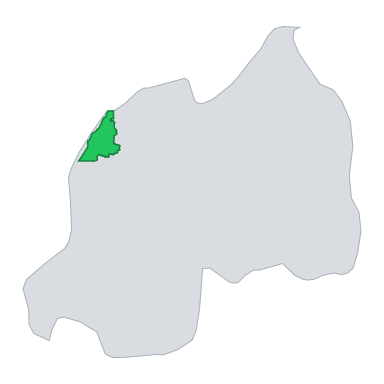 location of Rubavu, Western, Rwanda
{"feature_id": "39286606B86206624572237", "entity_name": "Rubavu", "entity_type": "district", "adm_level": 2, "iso_a3": "RWA", "parent_name": "Rwanda", "parent_adm1": "Western", "projection": "robinson", "projection_center": [29.369, -1.641], "detail": "fine", "context": "in_parent", "style": "filled", "palette": "green", "viewbox_px": 384, "rotation_deg": 0, "n_neighbors": 0, "source": "geoboundaries", "source_scale": "gbopen_adm2", "svg_char_len": 5319}
<svg xmlns="http://www.w3.org/2000/svg" viewBox="0 0 384 384"><path d="M143.4,88.1L148.9,88.0L185.0,78.2L188.6,81.2L194.4,100.2L197.5,103.0L202.6,103.7L212.7,99.3L231.3,84.5L239.4,75.4L248.9,62.8L261.1,48.5L267.9,36.0L274.6,28.7L283.3,26.5L293.0,27.1L299.7,27.3L294.1,30.3L293.0,39.4L299.3,54.0L320.1,84.2L333.3,89.8L341.9,101.5L350.3,121.3L352.8,146.1L349.3,175.9L351.4,198.0L359.0,212.5L361.0,231.3L357.3,254.5L352.9,268.3L347.7,272.9L341.9,274.6L333.9,273.1L324.1,275.0L313.5,279.4L306.9,280.0L302.8,279.2L294.9,275.5L282.6,263.5L259.6,270.1L253.4,270.0L244.9,275.7L238.0,282.6L233.9,283.1L229.6,282.2L209.8,268.1L202.6,268.5L199.6,308.2L196.2,330.2L192.2,340.0L178.0,349.5L163.7,354.8L155.9,354.5L124.5,357.4L112.2,357.5L105.4,354.2L96.6,331.8L79.9,321.8L64.0,317.1L57.4,318.4L51.7,330.2L49.3,340.7L33.8,333.5L29.1,324.6L28.7,309.5L23.0,288.9L26.2,280.1L32.3,274.4L45.1,263.5L64.7,248.4L68.9,241.2L71.6,229.2L70.4,201.2L68.5,177.7L70.8,169.3L79.8,151.1L91.7,132.4L105.7,112.7L114.1,110.8L125.2,103.3L136.9,92.3L143.4,88.1Z" fill="#d9dde1" stroke="#a8b0b8" stroke-width="1"/><path d="M117.1,152.9L117.2,152.7L117.3,152.6L117.2,152.5L117.3,152.4L117.4,152.2L117.6,152.2L117.5,151.9L117.5,151.6L117.4,151.4L117.5,151.3L117.5,151.2L117.6,150.7L117.9,150.3L118.2,150.1L118.3,150.1L118.5,150.2L118.8,150.3L119.6,150.2L119.7,149.9L119.6,149.5L119.7,149.4L119.8,149.2L119.6,148.9L119.4,148.6L119.2,148.3L119.2,148.0L119.3,147.9L119.3,147.7L119.4,147.3L119.5,147.2L119.6,146.8L119.8,146.6L119.7,146.4L119.8,146.2L120.0,146.2L120.0,145.9L119.8,145.7L119.7,145.6L119.3,145.2L119.2,145.1L118.8,144.9L118.6,145.0L118.4,145.0L118.1,145.0L117.9,144.9L117.6,144.9L117.4,144.7L117.1,144.7L116.9,144.7L116.7,144.6L116.5,144.8L116.4,144.8L115.9,144.6L115.7,144.6L115.5,144.3L115.5,144.2L115.4,144.0L115.4,143.9L115.1,143.6L114.9,143.7L114.7,143.7L114.4,143.6L114.1,143.8L113.9,143.9L113.7,143.8L113.7,143.7L113.6,143.3L113.6,143.1L113.8,143.0L113.9,142.2L113.8,141.9L113.8,141.7L113.7,141.1L113.8,141.1L114.0,140.9L114.1,140.7L113.9,140.6L113.9,140.2L113.7,139.7L113.8,139.6L113.9,139.4L114.0,138.8L114.1,138.7L114.1,138.3L114.1,138.0L114.1,137.9L114.0,137.7L114.1,137.4L114.2,137.0L114.1,136.7L114.1,136.3L114.1,136.1L114.0,135.9L114.0,135.6L115.7,134.8L116.2,134.5L117.0,133.9L116.1,132.4L115.8,131.9L116.7,131.6L116.5,131.3L116.5,131.0L116.3,130.9L116.2,130.7L116.0,130.1L116.4,129.7L114.7,128.4L114.5,128.2L114.4,128.1L114.4,127.6L114.4,127.3L114.4,127.1L114.3,126.9L114.3,126.7L114.3,126.3L114.4,126.2L114.4,125.4L114.3,125.0L114.2,124.7L114.1,124.4L114.1,124.2L114.1,123.7L114.8,122.6L113.6,121.6L113.6,121.4L113.6,121.2L113.4,120.9L113.1,120.6L112.5,120.7L112.4,120.6L111.9,120.7L111.8,121.1L110.6,121.2L110.6,119.4L110.8,119.4L111.2,119.4L111.2,118.8L112.4,118.8L112.4,118.7L113.6,118.7L113.4,110.9L107.4,111.1L107.2,111.8L106.2,115.8L106.1,116.2L106.0,116.4L105.3,116.9L104.7,117.3L104.2,117.7L103.8,117.9L103.8,118.0L103.6,118.1L103.2,118.4L103.0,119.0L102.7,119.7L102.3,120.8L101.7,121.8L101.6,122.8L101.6,123.2L101.5,123.6L101.2,124.1L100.9,124.3L100.5,124.7L100.4,125.0L100.0,125.9L99.9,126.0L99.8,126.3L99.8,126.5L98.8,128.3L97.4,129.3L96.9,129.5L96.7,129.9L96.6,130.0L96.3,130.6L96.2,130.8L96.0,131.1L94.8,131.9L94.5,132.1L94.4,132.2L94.0,132.5L93.3,132.8L93.1,133.0L92.8,133.2L92.4,133.4L91.8,133.8L91.7,134.0L91.6,134.4L91.4,135.0L91.3,135.4L91.0,136.3L90.6,137.5L89.8,139.4L89.5,139.7L89.4,139.8L89.2,140.0L88.8,140.4L88.7,140.5L88.4,140.6L88.1,140.8L87.6,141.1L87.6,141.6L87.7,142.4L87.8,142.7L87.7,143.0L87.8,143.8L87.8,146.4L87.8,146.8L87.7,147.1L82.3,155.7L78.7,161.0L91.8,161.0L93.3,161.2L93.7,161.2L94.5,161.0L95.0,160.8L95.1,160.7L95.4,160.5L95.7,160.4L95.9,160.3L96.0,160.3L96.4,160.2L96.6,160.1L96.8,160.4L97.0,160.4L97.1,160.1L97.2,159.8L97.3,159.7L97.3,159.3L97.3,159.2L97.2,158.8L97.1,158.5L97.1,158.3L96.9,157.8L96.9,157.7L97.0,157.5L97.0,157.4L97.2,157.2L97.3,157.0L97.1,156.8L97.1,156.5L97.2,156.2L97.5,156.1L97.6,155.9L97.8,155.7L97.8,155.4L98.1,155.3L98.3,155.2L98.5,155.0L98.7,154.7L98.9,154.5L99.3,154.6L99.6,154.7L99.7,154.8L99.8,154.8L100.0,154.8L100.0,155.0L100.3,155.0L100.5,155.2L100.7,155.3L101.0,155.6L101.4,155.5L101.5,155.6L101.8,155.6L102.0,155.7L102.1,155.9L102.2,156.0L102.6,156.0L102.8,155.8L103.0,156.0L103.3,156.2L103.5,156.1L103.8,155.9L104.0,156.0L104.3,156.1L104.3,156.6L104.6,156.8L104.9,156.9L105.3,156.8L105.5,156.9L105.5,157.0L105.8,156.8L105.9,156.6L106.0,156.4L106.3,156.3L106.5,156.5L106.9,156.9L107.0,156.8L107.3,156.9L107.5,157.1L107.9,157.1L108.0,157.2L108.3,157.2L108.6,157.0L108.9,156.9L108.9,156.7L109.0,156.5L109.0,156.3L108.9,156.3L108.9,156.1L108.8,155.8L109.0,155.7L109.0,155.3L109.2,155.2L109.3,154.9L109.2,154.7L109.2,154.4L109.1,154.1L109.4,154.1L109.5,154.0L109.8,154.1L110.0,154.0L110.1,153.9L110.3,153.9L110.5,153.9L110.8,154.0L110.9,153.9L111.0,153.9L111.1,154.0L111.2,153.9L111.5,153.9L111.7,154.0L111.8,154.0L112.0,154.0L112.3,154.1L112.6,154.2L112.6,154.3L112.7,154.2L112.8,154.3L113.0,154.2L113.2,154.3L113.3,154.3L113.4,154.5L113.8,154.5L114.1,154.3L114.1,154.1L114.3,153.9L114.4,153.7L114.6,153.5L114.7,153.4L114.7,153.2L114.9,153.1L115.0,153.0L115.2,152.9L115.3,152.9L115.4,153.0L115.5,153.0L115.8,153.2L116.1,153.2L116.3,153.1L116.5,153.1L116.8,153.1L116.9,152.9L117.0,152.8L117.1,152.9Z" fill="#22c55e" stroke="#15803d" stroke-width="1.5"/></svg>